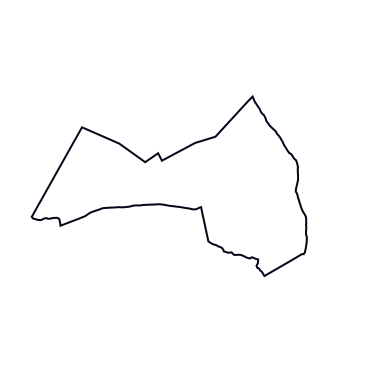 Touros, Rio Grande do Norte, Brazil (Robinson projection), rotated 35°
{"feature_id": "56859067B58568445498846", "entity_name": "Touros", "entity_type": "district", "adm_level": 2, "iso_a3": "BRA", "parent_name": "Brazil", "parent_adm1": "Rio Grande do Norte", "projection": "robinson", "projection_center": [-35.564, -5.29], "detail": "fine", "context": "isolated", "style": "outline", "palette": "ink", "viewbox_px": 384, "rotation_deg": 35, "n_neighbors": 0, "source": "geoboundaries", "source_scale": "gbopen_adm2", "svg_char_len": 2117}
<svg xmlns="http://www.w3.org/2000/svg" viewBox="0 0 384 384"><g transform="rotate(35 192 192)"><path d="M103.6,295.0L114.9,278.4L116.4,276.0L118.3,273.1L119.3,270.5L120.4,267.6L121.6,265.6L126.2,259.4L127.5,257.4L129.0,255.7L133.1,252.5L135.2,250.7L137.2,249.3L140.2,246.8L144.3,244.1L146.5,242.2L149.6,239.5L151.4,237.1L154.1,234.9L157.2,232.8L159.6,230.5L172.8,220.4L176.8,218.3L181.4,216.3L185.9,213.8L190.6,211.3L196.7,208.4L199.2,207.1L202.5,205.8L204.8,204.3L206.1,202.4L207.0,200.7L208.1,199.2L233.8,223.1L235.9,223.0L238.3,222.9L240.4,222.4L242.0,221.7L244.5,221.5L247.1,220.8L249.0,220.7L250.7,221.4L252.1,222.4L254.2,221.7L256.2,221.2L257.5,220.1L259.0,218.8L262.4,219.4L264.5,218.1L266.2,216.6L268.8,215.3L272.1,214.7L274.8,214.3L277.6,213.2L278.4,211.2L280.2,210.6L282.4,210.3L284.9,209.3L286.8,212.5L287.1,215.3L288.8,216.6L290.8,216.3L292.6,217.1L295.1,217.3L299.5,219.3L312.5,191.4L317.7,179.8L319.2,178.8L319.0,176.4L318.2,174.7L317.5,172.9L316.3,170.5L315.0,167.8L313.6,165.6L311.9,163.0L309.7,161.3L308.3,159.3L307.2,157.5L306.1,155.7L304.7,154.0L303.1,151.5L301.7,149.5L299.7,147.1L296.9,145.6L294.4,144.6L292.9,143.7L290.7,142.4L289.0,141.2L287.8,140.0L285.8,138.7L284.2,137.3L282.7,136.3L281.0,134.8L279.2,133.2L276.9,132.2L275.5,130.1L274.2,126.9L273.4,124.9L272.7,123.1L271.8,121.0L269.9,118.4L267.9,115.8L266.0,113.3L264.4,110.7L262.2,108.7L260.6,107.4L258.9,106.3L257.0,106.2L254.5,105.2L251.7,104.1L249.4,104.3L246.7,103.4L244.3,102.3L241.7,101.3L239.4,100.1L237.2,98.7L235.5,98.1L233.7,97.1L231.0,96.2L228.3,95.6L225.8,94.3L223.7,94.0L221.6,93.7L219.3,93.4L217.1,92.9L215.0,92.0L212.9,91.5L211.3,90.5L209.4,89.0L206.9,87.8L204.2,87.5L202.2,86.7L199.9,85.2L197.5,84.3L194.6,83.2L192.1,82.2L190.3,81.3L188.8,80.2L186.9,79.1L185.8,85.9L185.5,88.1L179.5,133.3L174.5,139.7L166.4,150.1L149.4,183.6L142.0,179.7L136.6,194.4L107.6,194.1L104.5,194.1L64.8,202.1L75.0,304.3L77.1,304.9L79.0,304.1L80.8,303.7L83.1,302.5L84.5,301.5L86.1,298.6L87.6,296.9L89.3,296.6L91.6,294.8L92.8,293.2L96.3,290.5L98.8,290.2L100.3,291.7L101.6,292.8L103.6,295.0Z" fill="none" stroke="#020617" stroke-width="2"/></g></svg>